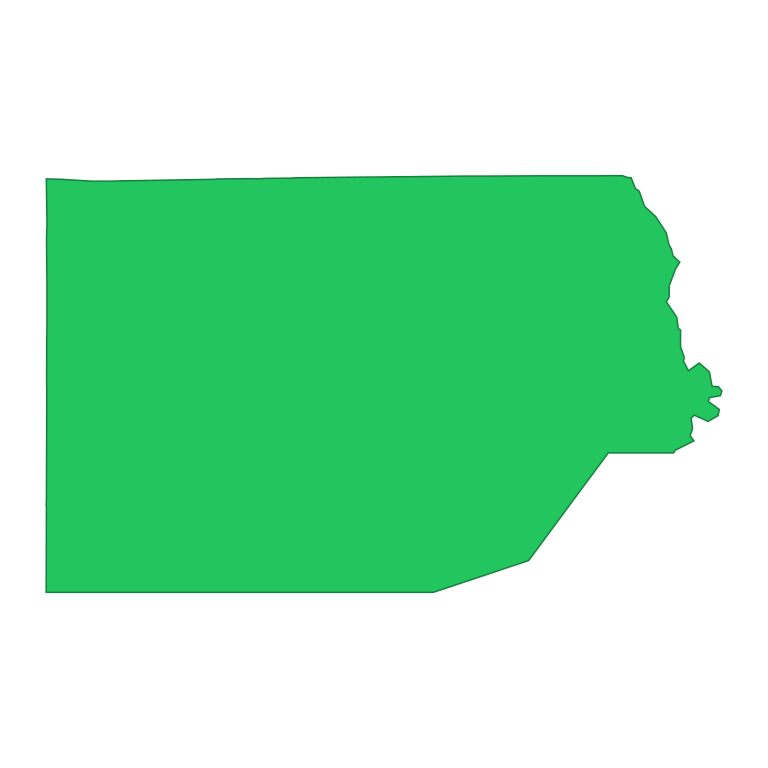 Box Elder, Utah, United States of America (Mercator projection)
{"feature_id": "52423323B39840445321611", "entity_name": "Box Elder", "entity_type": "district", "adm_level": 2, "iso_a3": "USA", "parent_name": "United States of America", "parent_adm1": "Utah", "projection": "mercator", "projection_center": [-112.684, 41.501], "detail": "fine", "context": "isolated", "style": "filled", "palette": "green", "viewbox_px": 768, "rotation_deg": 0, "n_neighbors": 0, "source": "geoboundaries", "source_scale": "gbopen_adm2", "svg_char_len": 1198}
<svg xmlns="http://www.w3.org/2000/svg" viewBox="0 0 768 768"><path d="M370.9,177.0L370.6,177.0L293.3,177.8L292.7,178.1L264.9,178.4L259.5,178.8L247.4,178.6L245.6,178.7L236.4,178.8L216.2,179.0L214.9,179.3L132.7,180.7L122.9,180.8L114.7,181.1L92.6,181.2L61.2,179.3L46.3,178.9L47.0,224.5L46.5,238.8L46.9,279.3L46.9,333.0L46.7,337.0L46.6,385.1L46.8,388.5L46.4,501.3L46.1,505.0L46.4,506.3L46.2,592.3L308.1,592.3L433.4,592.3L528.7,560.5L576.6,495.6L608.3,452.9L671.7,452.9L673.6,452.9L675.2,450.2L693.9,440.9L690.1,435.6L692.6,428.6L691.1,418.3L694.2,415.1L708.0,421.4L718.1,415.6L719.3,409.5L708.4,401.5L709.5,397.6L720.4,395.7L721.9,391.0L718.4,386.6L712.1,386.4L709.4,371.9L699.2,363.0L688.4,370.8L683.5,361.1L684.3,357.5L680.5,346.5L680.6,330.1L678.3,328.5L676.8,317.3L666.3,301.7L669.1,297.4L669.3,285.6L675.6,268.8L679.8,262.2L673.0,255.8L671.3,248.5L671.2,248.5L670.9,248.5L668.9,244.2L666.2,232.7L655.8,216.7L644.5,206.3L639.2,191.2L635.4,188.6L631.1,177.6L628.4,177.7L622.3,175.7L608.0,175.7L599.9,175.8L562.1,175.8L542.1,175.8L480.6,176.1L461.4,176.1L436.8,176.4L422.9,176.5L408.1,176.7L407.5,176.7L399.1,176.7L377.4,177.0L370.9,177.0Z" fill="#22c55e" stroke="#15803d" stroke-width="1.5"/></svg>